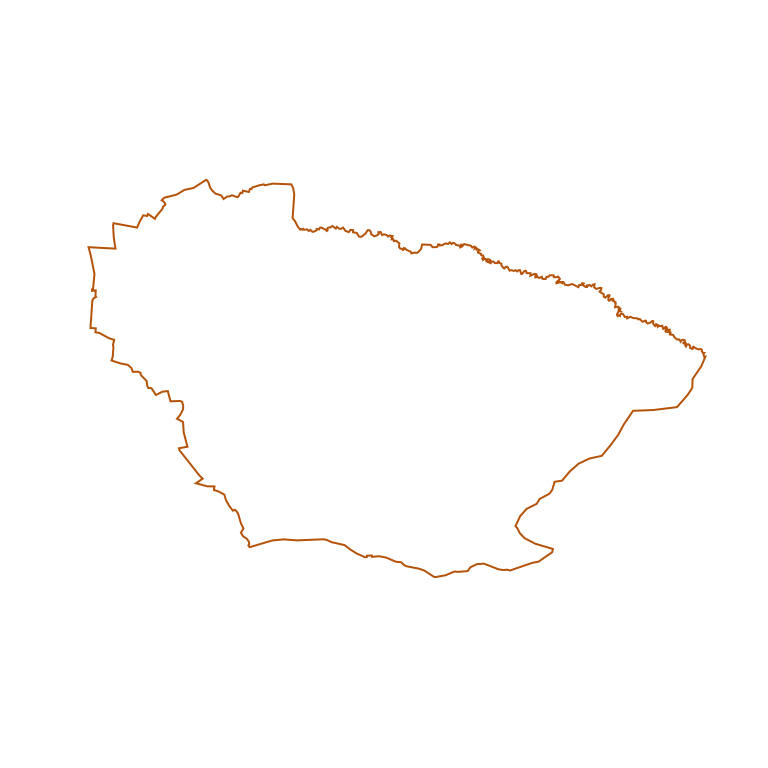 the district of Paleu, Bihor, Romania, rotated 9°
{"feature_id": "2599482B55319195618022", "entity_name": "Paleu", "entity_type": "district", "adm_level": 2, "iso_a3": "ROU", "parent_name": "Romania", "parent_adm1": "Bihor", "projection": "equal_earth", "projection_center": [22.001, 47.102], "detail": "fine", "context": "isolated", "style": "outline", "palette": "amber", "viewbox_px": 768, "rotation_deg": 9, "n_neighbors": 0, "source": "geoboundaries", "source_scale": "gbopen_adm2", "svg_char_len": 6145}
<svg xmlns="http://www.w3.org/2000/svg" viewBox="0 0 768 768"><g transform="rotate(9 384 384)"><path d="M576.6,520.5L558.4,518.1L547.0,514.3L541.4,510.0L538.5,505.8L536.1,503.7L539.2,493.1L544.5,484.9L553.5,478.5L555.7,473.2L564.5,466.5L566.7,462.4L567.8,453.9L575.0,451.6L581.1,441.4L588.6,432.3L598.5,425.5L610.3,420.9L617.2,409.2L623.3,397.5L627.1,386.6L634.2,371.5L654.0,367.6L677.0,361.0L685.7,347.1L689.1,339.4L688.0,330.8L694.6,316.9L697.2,306.6L696.0,306.9L694.7,304.1L695.3,303.2L694.0,303.3L692.9,301.9L692.7,300.6L691.3,299.9L689.5,300.6L685.9,299.9L683.9,298.7L683.2,299.2L683.4,300.9L682.8,301.2L680.6,300.4L680.0,298.0L678.3,297.1L676.9,297.8L676.4,299.7L675.5,298.9L675.7,296.8L673.5,297.0L673.2,296.4L674.7,295.2L674.1,293.7L672.3,293.5L670.9,294.3L670.4,295.8L668.6,293.8L666.6,294.2L663.6,292.4L662.0,290.3L658.6,290.4L658.5,289.6L659.1,288.9L658.8,288.1L656.8,288.2L657.8,286.7L657.7,285.7L655.3,286.5L654.2,288.2L653.7,287.8L653.9,285.7L654.9,284.5L653.9,283.5L653.2,283.4L651.5,285.9L650.8,285.6L649.8,282.9L647.7,283.7L646.4,283.4L645.5,284.7L644.7,283.8L645.6,283.1L643.4,282.3L642.6,284.3L640.4,282.4L640.0,279.8L639.1,279.8L636.8,282.2L634.7,283.0L632.9,281.6L633.0,280.8L632.5,280.4L629.6,282.1L626.4,279.8L625.1,280.4L623.9,279.5L620.0,279.9L616.8,279.1L613.9,281.1L613.5,279.6L611.3,280.1L609.3,277.7L607.4,277.3L606.7,278.0L606.4,279.9L605.2,279.4L604.3,280.4L603.2,279.2L604.2,275.6L606.2,275.2L604.2,274.1L604.1,273.5L605.4,273.5L605.8,272.8L603.1,271.0L600.2,272.0L600.3,268.4L599.6,267.8L599.8,266.9L597.0,266.0L597.7,265.2L596.9,264.1L595.1,264.4L594.3,265.9L593.0,266.5L592.5,266.0L592.2,263.2L593.0,261.9L592.9,261.1L591.5,261.2L589.0,264.1L587.4,263.4L586.9,260.9L582.5,259.1L583.7,257.1L583.7,255.2L582.7,255.1L578.6,256.9L576.4,255.5L576.3,252.5L574.6,253.4L573.5,255.1L571.5,254.0L570.4,254.9L569.2,254.7L568.8,255.4L569.2,256.4L568.1,256.7L564.8,255.2L565.6,253.5L563.9,253.4L563.1,255.4L561.3,255.7L560.8,257.9L554.2,255.8L550.4,257.7L547.1,257.6L545.2,255.2L543.9,255.4L543.9,256.5L541.3,255.3L540.8,256.6L538.6,257.5L538.4,256.5L541.3,252.6L539.1,250.7L538.0,251.5L535.0,251.9L534.6,250.2L530.9,250.6L529.4,252.5L527.8,252.7L527.2,254.9L525.0,255.4L523.8,255.1L523.1,253.4L520.5,255.1L518.9,254.1L516.8,255.0L516.5,253.8L517.8,252.4L517.4,251.8L515.5,251.6L511.6,254.2L511.4,251.7L507.4,252.2L506.8,250.3L506.1,250.0L504.9,250.5L503.2,253.6L502.4,253.9L500.5,250.3L499.2,250.5L497.9,252.0L496.3,251.0L494.7,252.0L492.1,251.6L490.4,252.4L487.5,248.8L485.9,249.3L484.9,251.1L484.2,251.0L481.5,248.6L481.1,246.8L478.8,246.2L478.3,245.0L477.7,244.9L477.2,246.7L474.6,247.3L472.7,245.9L470.7,246.6L470.5,248.0L467.7,247.3L469.3,246.4L469.8,245.2L469.2,244.6L467.1,244.5L466.6,246.1L465.8,246.4L465.1,244.7L463.3,244.8L462.3,246.0L461.4,244.6L462.8,243.5L461.8,241.6L460.4,241.7L459.5,241.1L459.5,240.3L456.3,239.5L456.0,238.7L456.3,238.0L457.6,237.0L455.3,236.1L454.4,236.7L453.9,235.1L452.4,236.1L452.6,234.8L452.0,234.1L449.8,235.4L448.4,233.9L441.3,233.3L440.1,235.2L439.2,234.2L438.3,234.4L439.0,236.3L438.0,237.1L437.4,235.9L436.4,235.5L433.3,235.4L432.7,234.5L430.9,233.9L429.9,233.9L428.8,235.2L426.9,233.8L425.4,235.7L423.4,235.4L420.9,236.7L420.3,237.7L417.5,238.4L417.1,237.5L415.6,237.7L415.3,240.0L414.2,240.6L410.6,241.3L408.3,239.3L399.9,240.2L399.5,244.8L397.2,248.4L396.1,249.3L393.3,249.5L390.6,250.7L389.9,249.3L385.3,248.0L383.4,246.6L382.5,246.6L382.4,248.1L381.7,248.7L380.4,247.6L378.9,247.8L377.4,246.4L377.2,242.7L373.4,240.6L371.4,241.3L370.5,239.7L369.0,239.9L369.4,238.5L368.3,238.0L369.2,236.6L366.5,236.4L364.9,237.7L363.9,236.7L360.6,236.1L358.8,237.2L356.9,234.4L354.7,235.0L355.4,236.5L354.1,238.1L351.4,239.6L348.0,238.1L347.0,235.6L345.5,234.3L343.8,234.7L342.2,238.3L338.9,241.9L337.7,242.3L336.3,242.3L333.4,239.0L329.7,239.0L329.4,236.9L326.7,237.0L325.5,239.5L322.0,238.8L319.1,235.9L317.3,237.4L315.8,237.7L312.9,236.2L312.1,238.0L308.2,236.0L306.7,237.6L304.2,238.4L303.5,239.9L304.3,240.8L303.6,241.8L302.1,240.7L297.5,239.2L296.3,239.6L295.7,241.5L293.3,241.4L293.3,242.8L290.4,244.8L288.9,244.6L287.2,243.2L285.8,244.6L283.7,243.3L280.9,244.2L279.9,243.4L279.2,244.3L277.8,243.9L277.1,244.6L274.4,242.3L270.5,236.9L267.8,234.5L265.7,210.8L263.8,205.1L261.3,201.3L242.8,203.5L235.1,206.4L234.1,205.6L229.8,207.2L223.1,210.6L222.8,212.0L221.1,212.3L220.5,215.5L214.4,215.1L214.2,217.6L212.4,217.5L210.9,221.4L209.9,222.5L204.3,221.3L202.4,222.7L199.7,223.4L196.6,226.4L193.7,223.2L187.7,222.3L183.7,219.5L181.7,217.5L179.4,212.9L177.5,210.6L176.3,210.2L165.2,220.2L156.5,223.5L149.7,229.3L137.8,234.4L135.7,237.3L138.2,238.5L140.0,240.6L139.6,241.8L138.1,243.3L137.8,245.5L132.4,254.8L131.9,256.7L124.4,253.0L123.7,255.1L119.8,255.1L117.2,262.0L115.7,268.1L91.7,267.5L91.6,269.8L94.3,282.0L97.6,292.3L70.8,295.1L74.4,303.3L80.8,320.5L81.8,335.9L80.9,336.1L81.1,337.7L84.6,336.6L85.3,342.3L86.0,343.1L83.6,344.9L82.9,347.4L85.3,374.6L90.6,374.1L90.9,378.1L94.8,378.1L104.9,381.7L110.6,382.6L110.2,388.2L111.0,389.6L111.8,399.7L111.2,403.4L120.3,404.9L128.0,405.2L132.0,407.7L134.0,411.3L139.5,410.3L141.9,411.1L142.2,412.7L143.1,413.7L149.1,418.2L150.5,423.0L151.8,424.8L155.0,424.5L160.4,430.5L166.5,426.2L171.6,424.8L175.8,434.5L185.0,432.7L187.3,433.1L189.0,436.6L189.5,440.4L187.5,446.5L185.0,450.7L191.5,453.0L193.7,463.0L199.7,476.7L191.6,479.5L192.4,481.5L216.1,503.3L219.7,505.9L213.8,511.5L225.5,512.7L232.6,511.7L232.6,515.3L237.2,516.0L243.6,518.2L246.0,523.3L250.0,528.4L254.6,532.8L256.4,531.5L258.3,532.8L260.1,534.8L264.5,544.0L267.8,548.7L265.9,553.3L268.7,556.5L272.7,558.3L275.4,561.2L275.9,563.1L275.3,564.6L276.8,566.2L298.2,556.0L309.0,553.2L322.9,552.0L348.6,546.8L352.1,547.0L356.9,548.4L370.3,549.3L376.7,552.8L383.9,555.8L392.5,558.1L394.2,557.5L394.0,556.2L398.8,555.3L399.1,556.6L406.0,554.9L413.2,555.1L423.6,557.7L429.1,557.4L431.7,559.5L434.9,560.5L447.0,560.9L452.9,561.9L463.4,566.6L464.9,566.7L474.7,563.3L482.9,558.2L486.9,557.9L495.9,555.7L498.1,551.4L504.0,547.4L510.8,545.8L526.1,549.1L530.7,549.1L534.9,548.1L537.6,548.5L558.5,537.4L564.4,535.3L576.5,523.8L576.6,520.5Z" fill="none" stroke="#b45309" stroke-width="2"/></g></svg>